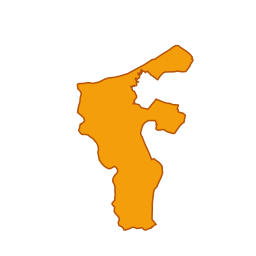 the district of St. Paul River, Montserrado, Liberia, rotated 113°
{"feature_id": "62588387B63326242332262", "entity_name": "St. Paul River", "entity_type": "district", "adm_level": 2, "iso_a3": "LBR", "parent_name": "Liberia", "parent_adm1": "Montserrado", "projection": "robinson", "projection_center": [-10.782, 6.5], "detail": "fine", "context": "isolated", "style": "filled", "palette": "amber", "viewbox_px": 256, "rotation_deg": 113, "n_neighbors": 0, "source": "geoboundaries", "source_scale": "gbopen_adm2", "svg_char_len": 5385}
<svg xmlns="http://www.w3.org/2000/svg" viewBox="0 0 256 256"><g transform="rotate(113 128 128)"><path d="M202.2,112.9L203.2,113.3L204.3,112.9L205.3,111.4L205.8,109.5L207.7,108.9L210.2,108.2L210.4,107.9L211.1,106.9L211.9,105.7L212.5,104.2L213.6,102.1L214.5,100.9L214.9,100.7L216.6,100.0L218.4,100.2L220.1,99.2L221.2,98.1L221.2,96.6L221.2,96.3L221.5,94.8L222.2,92.9L223.4,91.9L223.2,90.8L222.9,90.5L221.1,88.5L220.0,87.3L217.8,85.4L217.3,84.1L217.0,82.4L217.0,80.4L216.3,79.3L215.6,78.1L214.6,76.9L214.5,75.6L215.4,73.0L214.7,71.4L214.2,71.0L213.0,70.0L212.1,69.0L211.3,67.7L209.8,67.6L209.8,67.0L207.6,66.1L206.3,64.8L205.9,64.5L205.2,65.5L203.9,67.9L203.0,70.0L199.8,71.4L195.3,73.1L192.5,74.2L189.7,75.4L187.5,76.3L185.8,76.8L181.4,78.1L180.8,78.3L180.3,78.4L178.6,78.9L177.4,79.3L177.0,79.3L174.5,79.8L173.1,79.3L170.7,78.4L170.2,78.5L169.0,78.5L168.0,78.5L164.1,78.4L163.8,78.4L160.2,78.2L157.9,78.4L156.0,78.6L155.7,78.7L154.2,79.5L150.5,81.4L149.7,81.8L149.5,82.3L148.2,84.7L147.7,85.6L147.2,87.7L146.7,90.2L146.4,90.9L146.1,92.2L146.5,92.6L147.8,93.9L147.3,94.4L143.3,98.3L141.5,100.2L140.5,101.3L135.6,106.7L135.2,107.1L130.3,111.9L130.3,112.1L128.2,114.3L127.5,114.3L127.0,114.7L120.4,115.5L119.7,115.3L116.7,114.7L115.5,113.9L114.4,113.0L113.7,112.7L113.3,112.3L110.6,106.1L113.2,102.9L113.3,103.1L113.8,103.3L113.8,102.9L114.6,102.7L116.0,102.4L116.4,102.4L117.9,101.9L118.4,100.4L118.1,99.2L117.2,97.4L116.4,96.3L115.6,95.2L115.6,94.5L115.9,91.9L116.1,89.8L115.8,87.6L115.8,86.8L115.6,85.0L115.4,84.8L115.3,84.1L115.2,83.6L114.8,83.3L114.6,83.1L114.0,82.8L113.8,82.7L113.3,82.6L111.5,82.4L109.3,81.9L106.4,81.2L105.0,80.8L104.0,80.5L103.4,80.3L101.6,79.1L101.0,78.7L100.7,78.8L99.4,79.0L96.6,79.7L94.0,80.2L93.8,80.2L93.6,80.9L93.5,81.2L93.0,82.7L92.9,83.0L93.5,87.1L93.5,88.0L92.9,88.4L91.7,88.9L91.5,89.6L91.4,89.7L91.4,89.9L91.3,90.2L90.6,90.3L90.1,90.3L89.7,90.3L88.4,90.4L87.4,90.5L87.2,90.9L87.4,91.2L87.5,91.5L88.1,93.4L88.9,95.7L89.1,98.3L89.2,99.8L89.5,100.5L89.8,101.3L89.9,101.7L90.3,104.7L90.4,107.8L90.4,108.9L90.4,111.7L90.3,113.2L90.4,113.3L90.9,113.6L91.7,113.7L91.9,113.7L94.3,114.4L95.3,114.7L97.6,115.5L97.8,115.6L98.2,115.5L99.4,115.9L101.0,116.4L102.3,116.8L102.6,117.1L103.2,117.5L103.3,119.3L103.6,120.6L103.8,121.7L104.1,123.9L103.7,124.4L103.4,125.0L103.1,125.4L102.3,127.1L102.4,127.7L102.6,129.1L102.9,130.8L103.2,131.9L103.2,132.6L103.3,132.7L103.1,132.7L102.7,132.6L102.4,132.5L101.7,132.0L101.4,132.0L100.9,132.8L100.4,133.2L99.8,133.0L98.3,132.4L97.9,132.3L96.4,132.1L95.9,132.3L95.7,132.3L94.4,133.3L93.9,134.4L93.2,134.9L93.0,135.1L92.0,136.1L91.9,136.3L91.9,136.5L91.8,137.1L91.8,137.7L91.7,138.3L91.1,139.0L89.9,139.9L89.0,141.4L88.8,141.7L88.4,141.3L88.5,140.2L88.1,139.9L87.4,140.2L87.1,140.0L87.1,139.4L87.2,138.6L86.3,138.6L86.3,138.4L86.2,137.7L85.7,136.9L85.0,136.8L84.5,136.9L83.7,137.6L82.8,138.3L82.2,138.2L82.1,137.4L81.8,136.5L81.5,136.4L81.4,136.8L81.4,137.2L81.2,138.1L80.7,139.6L80.3,140.0L79.9,140.4L79.1,140.4L79.0,139.8L79.3,139.0L79.4,138.4L78.8,138.0L78.6,137.9L77.8,137.4L77.0,137.2L76.7,137.1L75.9,137.7L75.4,138.1L74.5,138.9L74.5,139.4L74.2,140.0L73.5,140.0L73.0,139.1L73.1,138.5L73.7,138.3L73.8,138.1L74.0,137.5L73.9,137.5L73.5,137.2L72.8,136.9L72.7,137.0L72.5,137.3L72.2,137.7L71.7,137.8L71.6,137.4L71.3,136.9L71.2,137.0L70.8,137.6L70.7,138.4L70.5,138.5L70.0,138.7L69.9,138.7L69.4,138.5L69.2,138.3L69.2,138.2L69.3,137.9L69.7,137.0L69.9,136.4L69.6,135.7L69.5,134.9L69.7,134.5L70.1,134.0L70.2,133.6L69.7,133.5L69.5,133.4L68.8,132.8L68.2,132.3L68.0,132.1L68.8,131.2L69.4,129.4L70.3,127.4L70.3,127.2L71.1,123.0L72.0,120.0L72.1,119.8L71.7,119.5L71.3,119.4L69.3,119.0L67.3,118.6L66.6,118.4L63.6,117.1L62.1,115.9L60.7,113.0L60.2,111.9L59.4,110.1L59.1,109.4L58.8,108.7L58.6,108.4L58.2,107.4L58.0,107.1L57.5,106.4L56.8,105.4L56.3,104.8L56.2,104.4L55.7,102.0L55.2,100.6L54.7,99.4L54.3,98.5L53.5,97.0L53.3,96.9L52.7,96.7L48.0,95.5L47.0,95.3L46.7,95.3L46.6,95.2L46.2,95.3L45.9,95.4L43.4,95.1L42.5,94.9L42.0,94.8L41.4,94.7L40.2,94.7L39.2,95.7L39.4,95.9L39.5,96.2L37.7,96.5L36.1,99.3L35.9,99.7L34.8,103.0L34.0,107.1L33.5,110.0L33.2,111.2L32.6,114.2L33.6,116.3L35.6,118.0L40.1,120.6L44.0,123.4L47.8,126.1L48.5,126.5L54.1,130.2L55.7,132.6L63.1,137.5L70.9,143.8L75.4,147.4L78.1,149.5L80.6,152.5L83.2,155.5L86.5,160.1L89.0,164.4L89.8,165.8L91.7,168.0L93.0,169.2L97.3,172.9L97.8,173.7L101.0,178.3L101.2,180.6L101.5,181.3L102.2,183.0L104.0,185.9L104.2,186.1L106.6,191.1L108.1,191.5L111.5,189.5L112.6,186.6L113.0,186.2L114.1,184.9L114.7,184.4L115.0,184.3L116.7,184.1L116.9,184.0L117.5,184.0L118.7,183.8L122.4,182.6L124.8,182.2L129.4,181.6L133.5,180.4L134.5,176.7L134.8,175.9L135.1,175.0L135.8,173.0L137.4,171.6L138.4,170.8L139.6,171.1L139.9,171.2L142.5,172.4L142.7,173.0L142.8,173.4L145.4,173.0L147.1,172.6L149.3,172.6L151.0,170.3L151.8,168.4L151.9,168.0L150.6,164.7L150.5,164.3L150.0,162.0L150.9,159.6L151.5,156.0L152.4,154.2L152.9,153.3L154.2,150.7L156.5,148.3L158.8,147.0L162.1,146.3L163.9,145.1L165.7,143.9L168.7,141.8L169.1,141.2L171.1,138.0L172.1,135.6L172.6,134.2L173.1,130.4L172.4,128.5L171.1,127.4L170.1,126.6L168.6,125.5L168.9,123.9L170.0,121.8L172.0,120.6L173.8,120.5L176.2,121.6L177.1,121.7L178.3,121.8L180.7,122.0L180.8,122.0L183.3,121.0L184.5,119.6L185.6,118.2L187.8,116.7L188.0,116.6L191.1,115.4L194.1,113.8L198.3,112.6L199.4,111.9L202.0,112.8L202.2,112.9Z" fill="#f59e0b" stroke="#b45309" stroke-width="1.5"/></g></svg>